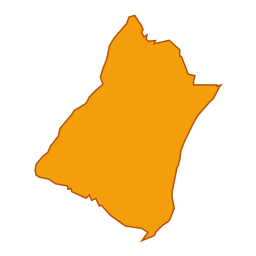 Georgetown, South Carolina, United States of America
{"feature_id": "52423323B59284003127327", "entity_name": "Georgetown", "entity_type": "district", "adm_level": 2, "iso_a3": "USA", "parent_name": "United States of America", "parent_adm1": "South Carolina", "projection": "natural_earth1", "projection_center": [-79.335, 33.445], "detail": "fine", "context": "isolated", "style": "filled", "palette": "amber", "viewbox_px": 256, "rotation_deg": 0, "n_neighbors": 0, "source": "geoboundaries", "source_scale": "gbopen_adm2", "svg_char_len": 1044}
<svg xmlns="http://www.w3.org/2000/svg" viewBox="0 0 256 256"><path d="M141.9,240.6L154.1,235.7L156.2,231.6L162.5,225.3L167.9,221.8L170.0,219.2L174.3,208.2L172.0,197.6L172.1,192.2L177.0,167.6L178.1,165.7L179.8,159.6L181.0,150.4L184.3,141.8L193.6,122.6L198.2,115.0L210.1,101.5L213.5,98.3L219.3,87.1L220.9,85.0L217.0,86.2L216.9,85.0L193.7,84.9L193.4,82.0L194.9,75.7L188.2,74.2L181.4,56.4L179.8,56.3L179.7,49.8L169.3,40.3L154.0,43.8L155.5,40.6L148.4,41.2L146.1,39.2L147.0,34.9L144.0,36.8L141.6,32.5L143.1,29.6L141.3,25.4L134.7,15.4L129.0,17.1L126.6,23.6L114.0,38.2L109.4,46.0L106.6,59.6L102.9,68.6L100.4,77.2L102.8,83.7L102.2,85.0L96.3,89.9L89.3,97.0L86.5,102.5L84.8,104.2L74.2,110.5L72.4,113.7L60.0,128.5L58.4,135.9L50.4,146.3L47.8,152.5L42.9,156.1L36.1,164.4L35.1,170.2L36.2,175.1L39.7,177.3L48.8,179.1L55.4,183.7L67.6,186.0L67.9,189.4L71.0,188.5L71.9,191.7L86.2,198.3L89.3,194.9L91.7,200.4L95.9,198.5L99.2,205.9L101.4,205.3L110.6,215.5L125.4,226.0L141.7,228.4L148.0,232.4L141.9,240.6Z" fill="#f59e0b" stroke="#b45309" stroke-width="1.5"/></svg>